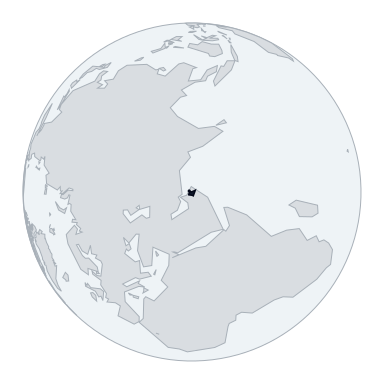 globe centered on Ad Dakhliyah, rotated 263°
{"feature_id": "OMN-2404", "entity_name": "Ad Dakhliyah", "entity_type": "Region", "adm_level": 1, "iso_a3": "OMN", "parent_name": "Oman", "parent_adm1": "", "projection": "orthographic", "projection_center": [57.794, 22.3], "detail": "fine", "context": "on_globe", "style": "filled", "palette": "ink", "viewbox_px": 384, "rotation_deg": 263, "n_neighbors": 0, "source": "natural_earth", "source_scale": "10m", "svg_char_len": 10228}
<svg xmlns="http://www.w3.org/2000/svg" viewBox="0 0 384 384"><g transform="rotate(263 192 192)"><circle cx="192" cy="192" r="169" fill="#eef3f6" stroke="#a8b0b8"/><path d="M248.7,32.8L246.5,32.1L238.6,29.6L236.9,29.2L241.5,30.7L242.0,31.2L235.5,29.0L235.7,29.8L222.5,27.0L207.0,23.8L197.8,23.4L177.0,23.7L177.1,23.8L169.2,24.6L166.4,25.2L163.3,25.6L163.7,25.8L167.0,25.4L168.3,25.4L166.9,25.9L162.8,26.2L160.9,26.5L159.5,26.6L159.4,26.8L154.6,27.5L157.3,27.5L151.7,28.8L149.0,29.1L152.1,28.1L152.6,27.7L164.6,25.3L176.7,23.7L188.8,23.1L201.0,23.3L213.2,24.4L225.2,26.3L237.0,29.2L248.7,32.8ZM132.4,33.9L137.4,32.2L133.6,33.7L127.0,36.4L122.5,38.1L119.5,39.5L121.4,39.2L110.6,44.3L99.4,51.4L96.9,52.9L96.4,52.7L98.1,51.5L109.0,44.8L120.5,38.9L132.4,33.9ZM251.4,33.8L251.6,33.9L250.3,33.4L251.4,33.8ZM139.1,31.5L138.2,31.9L137.7,32.0L139.1,31.5ZM142.2,30.6L143.7,30.1L142.2,30.6ZM248.4,33.0L248.8,33.4L247.1,32.5L248.4,33.0ZM141.9,30.8L146.3,29.3L148.8,28.6L150.9,28.3L141.9,30.8ZM248.1,33.3L249.0,34.7L252.5,35.9L243.3,33.8L245.5,33.0L242.9,31.6L246.1,32.8L248.1,33.3ZM168.7,25.1L165.1,25.5L169.3,24.8L168.7,25.1ZM171.1,24.7L182.4,23.3L187.1,23.3L182.3,23.5L189.4,23.4L186.1,24.0L181.5,24.2L179.1,24.0L179.6,24.4L171.1,24.7ZM238.1,32.7L237.2,32.9L236.6,32.3L238.1,32.7ZM169.1,25.4L171.0,25.0L175.2,24.8L172.2,25.6L171.8,25.4L169.1,25.4ZM192.9,23.3L195.4,23.5L193.4,24.0L194.2,24.2L186.4,24.0L192.9,23.3ZM170.1,25.7L170.5,26.1L167.3,26.7L167.6,25.8L170.1,25.7ZM177.5,24.5L179.3,24.5L177.3,24.7L177.5,24.5ZM156.1,29.5L158.3,28.7L160.6,28.5L156.1,29.5ZM170.9,26.3L172.0,26.1L173.2,26.0L172.8,26.4L170.9,26.3ZM185.5,24.5L184.2,24.7L188.6,24.5L187.3,25.1L182.4,25.0L184.0,25.3L183.6,25.5L180.0,25.3L185.5,24.5ZM175.9,26.7L169.1,27.2L164.6,28.6L162.4,28.7L170.0,26.6L175.9,26.7ZM178.6,25.8L176.4,26.4L174.7,26.1L175.2,25.6L178.6,25.8ZM188.2,25.7L191.5,24.8L192.5,24.9L188.2,25.7ZM174.9,27.1L176.5,27.0L174.7,27.2L174.9,27.1ZM184.5,26.1L185.5,25.7L186.6,25.8L184.5,26.1ZM179.0,27.3L176.8,27.4L177.0,26.9L179.0,27.3ZM181.8,26.7L183.0,27.0L178.4,26.7L182.0,26.5L181.8,26.7ZM185.3,26.2L186.3,26.2L184.7,26.4L185.3,26.2ZM179.2,29.0L173.5,28.8L174.0,27.8L179.6,28.1L179.2,29.0ZM34.9,195.6L33.9,167.9L37.7,160.3L40.7,149.4L69.1,123.7L72.4,128.2L91.7,131.1L93.7,133.3L88.5,141.1L100.7,156.4L108.1,150.7L122.0,160.0L133.0,161.8L142.0,146.5L123.9,143.1L123.6,134.8L140.4,130.8L156.6,134.4L157.0,131.4L149.1,123.1L155.3,118.4L146.7,119.9L148.4,123.4L143.0,124.6L141.2,121.6L143.4,119.9L139.2,117.7L129.6,127.1L130.3,131.6L117.7,131.0L117.7,138.7L113.4,141.3L111.9,129.3L113.9,125.5L109.1,111.9L105.9,115.7L110.2,129.1L107.8,127.5L103.4,133.5L104.8,127.7L101.0,112.8L91.3,112.3L74.7,124.4L69.9,123.7L67.9,118.5L78.1,103.5L87.7,107.0L91.4,102.5L93.2,94.2L95.9,96.2L97.8,93.5L101.7,94.7L110.9,90.1L115.4,91.0L122.5,83.5L125.8,83.1L120.7,87.5L119.6,91.3L131.3,94.2L134.6,93.1L138.2,88.1L141.0,89.9L143.0,84.8L151.5,84.7L142.9,80.9L146.9,75.8L153.9,73.0L153.7,70.8L142.3,75.5L139.2,78.1L139.0,81.4L129.1,88.8L124.3,89.2L128.8,79.4L122.5,79.1L128.8,72.2L155.6,62.6L165.1,62.0L173.3,71.2L169.2,73.8L164.1,71.6L165.6,78.1L167.0,75.4L169.3,77.1L173.8,73.3L175.6,74.4L176.7,69.2L179.5,70.1L178.7,73.3L187.7,69.3L194.3,70.5L195.5,69.1L194.8,67.3L203.7,70.5L204.2,69.4L201.4,67.8L200.5,64.8L202.4,60.8L205.4,62.1L205.1,63.7L209.0,69.3L207.8,73.9L209.2,74.1L211.0,70.5L206.2,63.5L206.5,60.8L209.4,63.7L208.3,62.4L209.4,61.5L213.3,61.9L210.4,58.6L218.1,48.7L226.4,49.1L228.1,52.5L236.7,48.5L245.3,50.4L242.7,48.8L245.1,46.6L242.5,45.9L241.4,45.0L246.3,40.2L249.8,40.5L249.0,37.7L247.7,37.1L245.1,36.6L243.3,33.8L252.5,35.9L255.0,37.2L259.0,38.0L264.2,41.1L270.3,44.5L273.6,48.1L278.2,50.8L279.2,50.9L286.2,55.0L297.0,64.2L283.7,56.3L266.6,44.8L273.2,49.2L270.3,48.2L271.8,49.9L276.6,53.3L278.0,53.7L278.5,61.2L287.2,72.5L289.9,70.4L294.8,72.8L307.1,86.3L313.9,109.1L320.5,114.5L323.0,119.0L321.9,122.9L318.2,116.5L314.3,115.3L312.4,111.4L309.4,116.3L306.6,110.9L305.7,117.8L309.5,121.5L313.1,118.8L313.6,127.7L321.3,133.7L325.7,142.9L324.2,162.7L317.6,170.9L317.9,174.1L313.5,171.9L310.3,179.5L320.7,194.5L321.3,199.6L314.9,211.6L314.3,207.9L302.6,201.9L302.3,214.3L311.3,221.9L314.4,232.6L308.4,230.8L305.0,221.5L300.8,219.1L300.6,208.4L294.5,193.9L288.4,198.4L287.5,192.1L278.3,180.7L268.7,186.8L254.3,206.1L254.4,222.3L248.5,230.1L236.1,208.3L232.3,192.8L226.6,194.7L214.8,182.1L190.9,181.9L188.6,177.7L183.9,179.6L175.7,175.3L172.5,168.4L167.0,168.6L175.9,186.6L181.8,186.5L188.2,179.9L189.4,186.3L197.5,191.9L184.9,206.9L151.2,218.4L149.7,206.1L133.4,170.5L134.8,166.9L134.8,166.4L134.8,165.6L131.4,171.4L129.2,164.4L136.0,189.0L136.4,199.1L150.7,219.1L149.0,220.8L154.1,225.1L172.8,221.7L172.5,225.7L162.6,243.5L138.3,265.3L142.6,281.3L142.6,294.0L129.9,300.4L133.4,310.0L127.1,312.1L128.4,317.1L124.7,321.4L117.7,324.4L103.2,320.7L100.4,316.1L90.2,305.2L75.3,279.4L76.9,269.6L74.8,260.4L64.5,237.1L66.6,226.5L64.4,220.7L59.4,219.8L57.0,212.9L54.2,211.4L38.4,206.4L34.9,195.6ZM56.3,139.0L54.8,142.1L56.3,139.0ZM172.0,146.9L182.9,148.4L181.1,138.0L185.2,137.9L183.1,134.6L181.0,137.3L176.3,128.4L182.1,125.9L182.4,121.6L178.8,121.0L168.8,127.0L175.4,139.5L171.5,143.4L172.0,146.9ZM91.4,56.3L95.9,53.5L92.9,55.4L87.9,59.3L83.6,62.6L86.7,60.1L85.9,60.6L90.9,56.6L91.4,56.3ZM104.2,79.0L104.3,81.3L101.1,83.9L95.3,84.1L100.0,80.2L104.2,79.0ZM105.3,84.0L111.4,74.9L115.2,74.8L112.1,76.3L114.0,77.2L109.4,79.9L107.1,89.2L104.0,92.2L95.1,90.3L99.7,89.0L99.2,86.7L105.3,84.0ZM120.2,56.0L122.9,53.3L127.7,56.5L124.6,58.8L118.7,58.8L118.8,56.2L120.2,56.0ZM144.6,30.9L145.3,30.4L146.5,30.2L146.8,30.4L144.6,30.9ZM157.0,29.1L142.7,32.9L142.8,32.5L134.3,35.8L131.3,36.1L136.8,33.8L128.2,36.8L132.0,34.9L126.1,37.2L138.8,32.1L141.9,30.9L139.6,32.1L142.3,31.7L144.5,31.2L152.7,29.1L160.7,26.8L164.7,26.5L165.4,27.0L164.0,27.5L161.9,27.4L161.7,28.2L157.5,28.5L157.0,29.1ZM171.0,38.5L169.1,37.2L168.0,40.8L163.8,40.3L164.0,40.7L159.8,41.4L155.0,43.1L153.6,42.6L152.3,43.6L149.6,44.2L147.4,45.4L144.0,45.0L141.1,46.5L141.1,45.6L137.0,48.3L138.6,46.2L135.1,47.1L135.4,48.7L122.4,46.3L115.8,47.7L109.4,50.3L112.9,46.8L121.2,42.5L131.2,38.7L137.1,38.1L137.6,36.9L140.6,36.4L138.9,37.6L143.3,35.5L145.3,35.5L154.1,33.5L159.2,31.1L162.6,30.6L161.6,31.5L165.6,30.3L166.1,31.8L168.5,31.6L171.3,33.0L168.1,35.3L171.0,34.9L173.3,36.3L171.0,38.5ZM179.9,29.5L176.9,31.8L173.2,32.9L169.8,30.0L167.5,30.1L165.2,28.8L170.6,27.4L170.8,27.8L172.2,28.0L169.9,28.3L172.8,28.2L173.2,28.9L175.5,29.1L173.9,29.7L179.9,29.5ZM97.7,131.0L99.5,132.0L102.7,132.5L100.0,136.6L97.7,131.0ZM94.8,120.9L96.7,120.9L94.5,126.4L92.6,125.6L94.8,120.9ZM99.6,116.5L97.0,120.5L97.3,117.9L99.6,116.5ZM122.6,87.4L124.9,87.3L124.4,88.6L122.3,90.1L122.6,87.4ZM166.9,50.9L166.3,49.5L167.5,49.2L169.7,46.0L172.9,46.4L172.9,48.5L166.9,50.9ZM137.9,148.7L133.6,151.2L132.4,149.4L134.1,148.9L137.9,148.7ZM115.1,143.9L119.4,147.0L114.3,145.0L115.1,143.9ZM170.8,50.8L171.3,49.4L172.6,50.5L170.8,50.8ZM175.4,46.6L177.2,47.6L173.6,46.1L175.4,46.6ZM213.6,350.9L215.6,351.7L212.7,352.0L213.6,350.9ZM171.2,294.4L163.6,315.0L155.6,314.5L152.7,308.2L154.5,295.6L163.4,292.5L167.3,286.6L171.2,294.4ZM338.0,248.4L340.2,247.7L340.0,248.5L338.0,248.4ZM335.7,247.4L338.5,246.1L335.0,249.2L335.7,247.4ZM339.6,245.6L342.5,242.6L343.7,240.7L343.3,242.3L339.6,245.6ZM333.6,248.5L321.1,253.5L315.8,253.6L317.4,250.5L326.0,248.0L333.6,248.5ZM317.0,250.6L308.4,246.0L294.4,227.7L299.5,226.8L313.6,236.2L312.8,238.8L318.0,242.9L317.0,250.6ZM336.4,229.3L335.5,236.5L328.9,238.9L325.7,239.0L323.6,231.1L324.8,226.1L327.5,225.2L336.3,205.6L339.7,207.8L337.4,215.6L340.0,220.4L336.4,229.3ZM255.3,223.8L259.9,232.6L256.5,234.6L255.3,223.8ZM338.5,193.1L335.9,201.6L337.9,191.0L338.5,193.1ZM338.9,183.6L339.7,186.9L337.8,184.4L338.9,183.6ZM319.1,178.9L316.3,180.8L315.6,178.4L318.7,174.6L319.1,178.9ZM328.9,150.9L331.3,157.9L331.6,160.6L329.1,156.8L328.9,150.9ZM199.2,55.2L192.5,58.8L189.9,62.4L191.7,65.6L186.2,63.0L190.4,57.4L199.2,55.2ZM215.5,49.2L213.8,46.9L216.4,47.2L217.2,47.7L215.5,49.2ZM213.2,48.3L207.6,46.9L207.9,45.2L212.2,46.6L213.2,48.3ZM189.0,48.0L186.8,49.0L185.8,48.0L189.0,48.0ZM330.3,289.0L330.2,289.2L312.0,307.9L309.5,308.6L313.3,304.1L317.1,293.4L318.2,293.0L321.3,284.9L333.8,272.0L343.7,253.8L347.1,251.7L351.8,238.9L354.1,236.4L351.5,245.6L351.5,247.6L357.3,226.7L356.9,228.8L353.5,241.6L349.1,254.1L343.8,266.2L337.5,277.9L330.3,289.0ZM343.5,245.8L347.1,238.5L348.6,237.0L343.5,245.8ZM359.2,216.6L358.0,223.0L356.5,226.1L357.5,222.0L357.7,217.6L354.9,219.6L354.4,217.1L355.7,213.6L353.3,213.6L356.1,209.4L356.8,214.9L358.1,208.2L359.6,206.7L360.3,206.1L360.3,207.2L359.2,216.6ZM355.2,223.8L355.6,223.3L355.0,225.7L355.2,223.8ZM349.7,223.3L349.5,225.2L348.6,224.4L349.7,223.3ZM350.9,221.3L353.2,221.2L350.6,223.0L350.9,221.3ZM341.7,221.1L342.7,224.8L345.8,220.2L343.4,225.6L345.1,231.4L344.2,234.5L342.6,228.1L341.4,236.4L339.9,237.0L339.6,230.7L341.2,221.6L342.6,217.4L348.0,212.7L341.7,221.1ZM351.1,216.1L350.3,211.6L350.8,207.8L351.6,209.9L351.1,216.1ZM347.5,201.1L344.7,196.7L342.8,200.2L346.0,189.6L348.2,195.5L347.5,201.1ZM344.1,189.6L342.4,192.7L343.7,186.8L344.1,189.6ZM341.6,191.1L340.7,187.2L342.4,186.8L341.6,191.1ZM345.1,189.1L344.3,182.1L345.7,185.6L345.1,189.1ZM338.2,178.6L343.0,183.2L337.9,183.0L334.7,170.1L336.6,168.7L338.2,178.6ZM329.5,121.3L327.3,118.1L328.2,116.3L329.4,119.0L329.5,121.3ZM329.0,108.9L327.7,114.9L326.3,120.2L328.1,121.1L330.4,127.6L326.0,123.1L324.9,115.0L326.4,112.1L323.9,107.1L323.3,102.6L319.1,97.0L318.0,94.0L322.3,98.4L329.0,108.9ZM317.2,94.8L309.7,85.0L312.6,84.6L314.9,86.7L317.2,91.2L315.5,91.1L317.2,94.8ZM308.7,82.6L307.0,82.5L292.4,70.7L290.0,68.3L302.7,76.4L301.8,76.8L304.9,80.0L308.7,82.6ZM238.9,33.4L237.3,32.9L238.9,33.1L238.9,33.4ZM239.9,44.7L238.7,43.6L240.7,43.7L239.9,44.7ZM236.6,40.7L235.2,41.4L235.4,40.1L236.6,40.7ZM232.4,43.1L234.1,41.4L234.2,43.9L232.4,43.1Z" fill="#d9dde1" stroke="#a8b0b8" stroke-width="1"/><path d="M192.8,193.7L193.1,194.7L193.4,195.5L192.5,195.1L188.0,192.8L188.5,192.1L189.0,190.8L189.5,188.5L190.3,188.4L191.1,189.3L191.4,189.3L191.5,189.4L192.2,189.2L192.3,189.1L192.9,188.6L193.5,188.5L194.2,189.2L194.0,189.9L193.6,190.0L193.2,190.3L192.4,190.8L192.1,191.3L192.8,193.7Z" fill="#0f172a" stroke="#020617" stroke-width="1.5"/></g></svg>